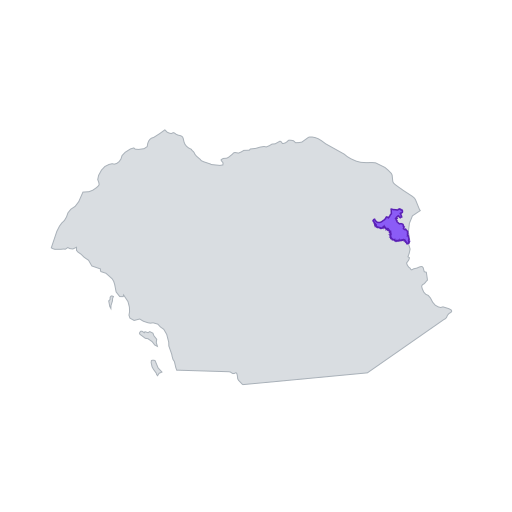 Kasulu, Kigoma, United Republic of Tanzania (highlighted), rotated 145°
{"feature_id": "72390352B21750015500578", "entity_name": "Kasulu", "entity_type": "district", "adm_level": 2, "iso_a3": "TZA", "parent_name": "United Republic of Tanzania", "parent_adm1": "Kigoma", "projection": "orthographic", "projection_center": [30.484, -4.434], "detail": "fine", "context": "in_parent", "style": "filled", "palette": "violet", "viewbox_px": 512, "rotation_deg": 145, "n_neighbors": 0, "source": "geoboundaries", "source_scale": "gbopen_adm2", "svg_char_len": 8965}
<svg xmlns="http://www.w3.org/2000/svg" viewBox="0 0 512 512"><g transform="rotate(145 256 256)"><path d="M199.3,346.9L194.5,344.3L190.1,342.8L186.6,341.1L185.0,339.4L181.6,338.7L178.7,338.5L176.0,336.9L170.5,336.3L169.9,335.3L169.8,333.0L168.9,332.4L166.9,331.8L164.7,331.8L163.4,332.1L162.6,332.0L160.8,330.6L159.2,328.9L158.6,326.1L156.0,324.4L153.1,323.0L145.0,323.1L143.8,322.7L141.8,321.3L139.6,319.0L137.8,316.4L136.2,312.8L134.6,308.0L125.3,288.8L124.3,285.2L122.5,281.2L119.5,276.2L116.4,272.6L112.1,269.2L107.2,265.9L104.6,263.7L99.6,254.6L98.5,250.4L97.8,246.0L98.1,244.2L101.2,238.6L101.5,237.0L101.1,234.9L99.6,230.4L97.6,224.9L93.6,214.9L93.0,212.4L93.1,210.5L95.4,200.4L95.4,199.0L104.8,199.2L111.6,194.8L117.5,188.1L118.7,185.4L121.1,181.1L123.5,179.0L124.4,177.5L125.8,173.3L128.9,170.4L132.0,168.2L131.3,166.7L131.8,166.1L133.4,165.0L136.7,163.9L137.3,161.7L137.3,159.2L136.8,157.8L136.9,156.2L136.4,155.3L134.3,155.1L131.1,153.8L128.5,153.3L126.7,152.6L126.0,152.0L125.8,150.5L127.2,146.6L125.8,145.0L129.0,138.6L129.6,137.8L130.8,137.7L132.7,137.1L134.4,136.8L135.9,137.0L136.9,136.7L137.8,136.0L138.6,133.8L139.3,130.2L138.9,127.2L137.5,124.9L137.2,121.5L137.8,116.8L137.4,112.9L135.9,109.8L134.3,107.9L132.0,107.1L128.3,102.3L127.1,100.0L127.3,98.6L128.6,98.0L131.0,98.2L133.2,97.6L135.3,96.3L137.3,96.0L138.3,96.2L231.8,96.4L340.4,158.1L340.8,158.9L341.6,164.1L341.4,165.9L339.8,168.9L339.2,170.5L339.2,171.6L339.6,172.0L341.1,172.2L342.3,172.9L342.7,173.5L343.6,175.8L344.8,176.9L385.5,207.3L386.4,207.8L385.8,210.3L383.4,216.3L383.3,218.9L382.3,221.8L381.4,223.8L379.0,232.3L376.9,235.5L374.1,243.0L373.6,248.7L375.0,252.8L375.5,256.5L378.6,260.3L381.1,261.6L382.8,263.3L385.7,267.2L387.4,271.1L392.8,273.1L394.9,277.4L394.0,280.4L391.5,282.9L389.0,286.8L387.0,292.1L386.8,300.1L388.1,298.9L390.9,300.9L391.2,306.8L388.1,313.7L387.1,316.9L386.9,319.7L388.8,327.9L392.0,332.2L391.7,333.5L390.8,334.6L396.2,342.0L395.6,348.5L397.5,353.5L398.3,357.9L399.6,361.3L399.8,363.6L398.0,366.1L402.0,366.8L404.3,368.9L405.3,370.9L408.2,370.9L409.8,372.2L412.0,373.4L416.9,376.8L418.2,378.5L419.0,380.1L404.9,390.5L399.8,393.2L396.3,394.4L392.5,395.0L388.8,396.7L385.3,399.2L380.9,400.5L375.6,400.4L370.0,402.2L361.1,407.6L356.0,404.5L352.0,403.5L347.4,403.5L344.6,403.9L343.5,404.5L342.6,406.4L341.8,409.4L338.7,412.3L333.3,415.0L328.4,416.0L323.9,415.3L320.9,414.1L319.4,412.5L317.0,411.7L314.0,411.8L311.0,412.9L308.1,415.1L303.6,416.0L297.4,415.7L294.1,414.6L293.7,412.8L291.0,410.6L286.1,408.1L282.4,408.0L280.0,410.4L277.8,411.8L275.9,412.4L274.1,412.5L271.6,411.8L264.8,411.5L258.3,411.6L257.7,408.2L256.3,406.1L255.2,404.9L253.0,404.5L252.3,403.6L251.6,401.5L250.5,399.7L249.1,398.2L248.2,396.8L247.9,395.5L248.2,394.1L249.6,390.6L250.1,388.3L250.0,385.8L249.3,383.3L247.7,380.3L247.9,379.4L247.4,377.4L247.4,376.0L247.7,374.2L247.5,371.9L246.2,366.9L246.2,365.6L244.8,363.2L240.5,357.4L240.3,356.7L233.6,350.9L230.9,349.6L229.9,350.7L229.5,351.7L229.7,353.5L229.6,354.5L229.3,354.9L227.7,354.8L226.7,354.6L224.1,353.0L222.1,352.6L217.1,352.9L215.3,353.3L213.9,352.9L211.3,350.3L208.2,349.7L205.4,349.5L200.8,346.5L199.3,346.9ZM393.9,252.1L396.0,258.5L395.7,259.7L394.1,260.4L393.3,260.4L392.3,259.4L391.6,257.2L390.4,257.7L388.4,255.1L386.4,255.0L384.7,251.9L385.4,249.3L385.1,244.7L387.3,242.4L388.6,238.5L390.0,241.2L390.2,245.4L392.0,250.3L393.9,252.1ZM405.3,214.4L405.4,215.9L404.9,217.3L405.0,221.8L404.7,224.8L403.0,228.9L401.6,230.4L400.4,229.9L399.4,229.2L398.7,228.1L400.4,220.5L399.6,214.9L402.8,215.5L405.3,214.4ZM399.1,305.9L397.5,306.3L396.9,305.9L396.0,304.6L397.7,303.6L399.3,301.6L403.2,298.6L405.0,296.2L404.7,298.6L402.4,303.7L400.6,304.0L399.1,305.9Z" fill="#d9dde1" stroke="#a8b0b8" stroke-width="1"/><path d="M110.0,209.9L110.5,210.1L110.5,210.6L110.6,211.0L111.0,210.9L111.1,211.0L111.1,211.7L111.2,212.1L111.5,212.3L111.9,212.2L112.5,212.6L112.8,212.4L113.0,212.4L114.0,212.6L114.3,212.9L114.5,213.3L115.2,213.9L116.4,214.9L116.8,215.1L117.6,216.1L118.2,216.6L118.3,216.9L118.5,216.9L118.7,216.2L119.4,215.3L120.9,212.9L122.1,212.8L123.0,212.2L124.2,211.8L124.5,211.6L125.7,211.3L125.9,211.7L125.8,212.2L126.1,212.5L126.7,213.0L126.8,213.2L127.4,213.0L128.5,212.3L129.2,212.3L129.9,212.0L131.7,212.1L132.6,212.0L134.1,212.1L134.5,212.2L135.4,212.5L136.3,213.1L137.4,214.1L137.8,215.7L137.9,217.4L137.7,218.1L137.8,218.2L138.6,218.3L139.3,218.1L139.9,217.8L139.9,217.6L140.0,217.5L139.8,216.8L139.9,216.4L139.8,215.8L139.9,215.3L140.0,215.4L140.0,215.2L140.3,215.0L140.2,214.7L140.3,214.5L140.2,214.4L140.0,214.6L140.2,214.3L139.8,214.4L139.7,213.9L139.8,213.6L139.8,213.1L140.1,213.1L140.4,212.9L140.1,212.8L140.0,212.6L140.4,212.3L140.2,212.3L140.3,212.2L140.1,212.0L140.2,211.9L140.3,212.0L140.5,212.0L140.4,211.7L140.6,211.5L140.6,211.4L140.8,210.9L140.7,210.8L140.5,210.7L140.5,210.4L140.4,210.1L140.1,210.1L140.2,209.9L140.1,209.7L139.9,209.8L139.6,209.6L139.6,209.4L139.4,209.3L139.2,209.3L139.0,209.2L138.8,208.8L138.6,208.6L138.6,208.4L138.4,208.4L138.6,208.3L138.3,208.0L138.1,207.9L138.3,207.6L138.2,207.2L137.9,206.9L137.5,206.7L137.3,207.0L137.1,207.0L136.9,206.8L136.8,206.6L136.7,206.6L136.6,206.4L136.2,206.5L135.7,206.7L135.6,206.8L135.4,206.6L135.3,206.8L134.7,206.9L134.9,206.7L135.0,206.4L134.7,206.1L134.8,206.0L134.9,205.8L134.6,205.9L134.3,205.7L133.9,205.9L134.0,205.1L133.7,205.2L133.6,204.7L133.9,204.3L134.0,203.8L133.9,203.6L134.0,203.0L133.7,202.9L133.7,203.0L133.8,203.0L133.7,203.1L133.3,202.9L133.0,203.2L132.7,203.2L132.6,202.9L132.3,202.7L132.5,202.6L132.5,202.2L133.1,201.5L133.0,201.4L132.7,201.4L132.5,201.0L132.1,200.9L132.2,200.7L132.6,200.7L132.1,200.2L132.6,199.7L132.6,199.3L132.5,199.2L132.2,199.3L131.9,199.1L132.2,198.8L132.1,198.6L131.9,198.6L132.1,198.3L132.2,198.6L132.8,198.5L132.7,198.4L132.8,198.3L132.7,198.1L133.0,197.7L132.5,197.3L132.4,197.1L132.3,196.8L132.1,196.7L132.3,196.7L132.6,196.7L132.9,196.5L133.1,196.5L133.2,196.8L133.4,197.0L133.7,196.5L133.7,196.2L133.5,195.9L134.1,195.5L134.3,195.8L134.3,195.5L134.2,195.4L134.3,195.2L134.5,195.0L134.8,195.0L134.9,194.8L134.8,194.7L134.7,194.5L134.7,194.4L134.8,194.4L134.7,194.3L134.9,194.1L135.2,194.1L135.3,193.9L135.3,193.5L135.1,193.3L135.3,193.1L134.9,193.0L134.7,192.8L134.7,192.6L134.6,192.1L134.7,191.9L134.8,191.8L135.1,191.5L134.9,191.2L134.7,191.0L134.8,190.9L134.7,190.8L134.6,190.7L134.4,190.7L134.2,190.6L133.7,190.5L133.8,190.3L133.4,189.9L133.5,189.8L133.5,189.6L133.4,189.6L133.5,189.5L133.4,189.4L133.4,189.2L133.2,189.0L133.4,188.8L133.0,188.5L133.0,188.3L132.8,188.4L132.5,188.3L132.7,188.1L132.5,187.8L132.2,187.8L132.1,187.6L131.8,187.6L131.9,187.3L131.3,187.3L131.3,187.2L131.1,186.9L130.7,186.8L130.4,186.8L130.2,186.9L130.1,186.6L129.9,186.7L130.0,186.5L129.7,186.5L129.6,186.2L128.9,186.2L128.8,185.7L128.6,185.6L128.4,185.7L128.3,185.4L128.1,185.4L127.9,185.3L128.0,185.6L127.9,185.7L127.4,185.5L127.0,185.5L126.7,185.2L126.5,184.8L126.4,184.7L126.2,184.7L126.3,184.7L126.1,184.8L126.1,184.6L125.9,184.6L125.9,184.4L125.6,184.3L125.6,184.2L125.4,184.1L125.3,183.9L125.1,183.9L125.2,183.7L125.1,183.8L125.0,183.7L124.9,183.5L124.9,183.4L125.0,183.3L124.9,183.0L125.0,182.9L125.1,183.0L125.0,182.8L125.0,182.7L125.1,182.8L125.1,182.7L125.3,182.7L125.1,182.5L125.3,182.1L125.2,181.9L125.5,181.5L125.3,181.2L125.1,181.1L125.1,180.6L125.0,180.4L125.2,180.2L125.2,180.3L125.3,180.0L125.3,179.8L125.2,179.8L125.1,179.5L125.0,179.3L124.8,179.4L124.6,179.2L124.1,178.9L123.9,178.9L123.8,179.0L123.8,178.9L123.5,178.8L123.2,179.0L122.9,179.2L123.0,179.2L122.7,179.6L122.8,179.6L122.7,179.8L122.8,179.9L122.7,180.0L122.8,180.0L122.3,180.6L122.3,180.9L122.2,181.1L122.0,181.3L121.8,181.5L121.8,181.4L121.5,181.8L121.3,181.8L121.2,181.9L121.0,182.0L120.9,182.0L120.9,182.4L120.8,182.5L120.3,183.9L119.8,184.8L119.6,185.3L119.7,185.7L119.8,185.9L120.0,185.9L119.8,186.1L119.8,186.3L119.7,186.3L119.6,186.6L119.3,186.9L119.2,186.9L119.2,187.0L118.7,187.3L118.7,187.5L118.6,187.9L118.4,188.1L118.5,188.2L118.2,188.4L118.2,188.5L117.9,188.9L117.7,189.1L117.8,189.6L117.9,190.7L118.2,191.4L118.0,191.8L118.0,192.2L118.3,192.4L118.6,192.3L118.8,192.5L119.0,192.4L119.6,193.8L119.3,194.0L118.6,194.7L118.4,194.8L118.1,194.7L117.9,194.8L118.2,195.4L118.3,195.8L118.1,196.3L117.6,196.6L117.6,197.0L117.5,197.6L117.8,198.3L118.5,199.2L119.4,199.8L120.0,200.0L120.2,200.5L120.3,200.8L120.5,201.0L120.4,201.4L120.5,201.8L120.8,202.6L120.9,203.4L120.6,204.0L120.3,204.0L120.2,204.2L120.5,204.6L120.5,205.2L120.2,205.8L119.5,205.9L118.8,205.9L118.9,206.4L119.6,206.8L118.5,207.2L116.6,207.4L116.3,207.4L116.1,206.8L116.2,206.7L116.3,206.5L116.2,205.4L115.9,204.6L115.6,204.7L114.9,204.8L114.5,204.4L114.3,204.3L114.2,204.4L114.1,204.7L114.1,205.3L113.9,205.4L113.7,205.8L113.8,206.5L113.5,207.0L113.4,207.2L113.5,207.7L113.4,208.2L113.0,208.3L112.7,208.2L112.2,207.8L111.9,207.9L111.7,207.8L111.1,207.8L111.0,208.1L110.5,208.4L110.1,209.0L110.0,209.9Z" fill="#8b5cf6" stroke="#5b21b6" stroke-width="1.5"/></g></svg>